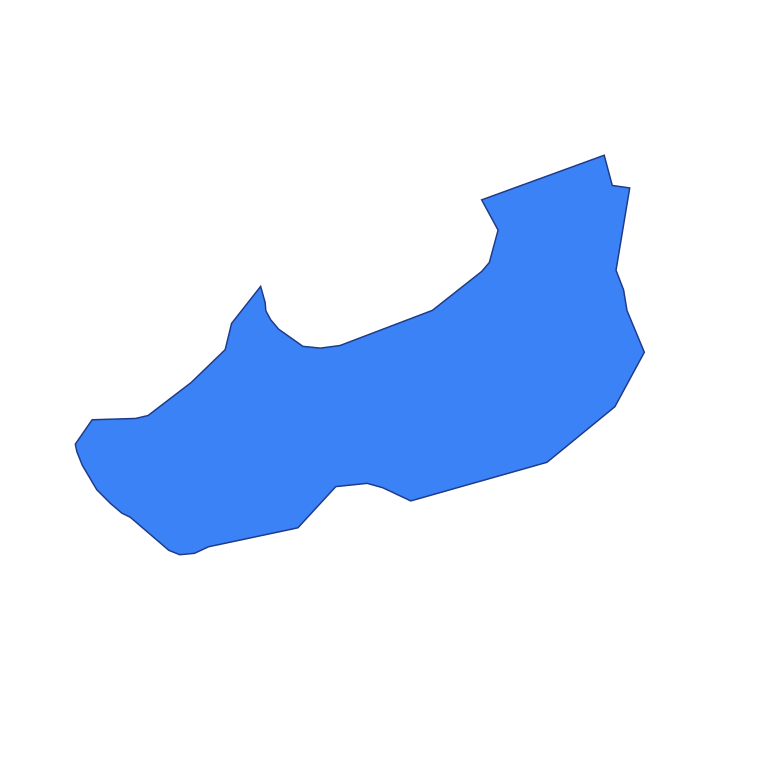 map outline of Dobrova-Polhov Gradec (Natural Earth projection), rotated 154°
{"feature_id": "SVN-204", "entity_name": "Dobrova-Polhov Gradec", "entity_type": "Municipality", "adm_level": 1, "iso_a3": "SVN", "parent_name": "Slovenia", "parent_adm1": "", "projection": "natural_earth1", "projection_center": [14.336, 46.06], "detail": "fine", "context": "isolated", "style": "filled", "palette": "blue", "viewbox_px": 768, "rotation_deg": 154, "n_neighbors": 0, "source": "natural_earth", "source_scale": "10m", "svg_char_len": 708}
<svg xmlns="http://www.w3.org/2000/svg" viewBox="0 0 768 768"><g transform="rotate(154 384 384)"><path d="M662.0,479.8L622.3,461.9L609.9,459.1L556.6,469.9L511.7,484.5L494.4,505.3L452.1,525.8L455.1,509.3L458.1,501.6L457.7,491.5L454.7,479.5L440.4,453.4L425.4,444.1L406.7,437.9L308.2,429.0L247.0,442.3L236.1,447.0L214.0,472.3L215.5,506.7L85.8,493.1L91.8,462.4L77.2,452.5L125.6,384.5L127.4,363.6L133.4,343.5L136.1,298.4L186.4,262.4L271.8,242.2L411.2,267.2L430.6,291.3L442.7,302.1L472.3,312.9L524.4,292.5L612.9,314.6L628.6,314.9L642.4,320.1L650.3,328.8L670.5,375.5L676.2,382.8L682.2,396.5L688.5,414.8L690.8,443.2L689.7,457.9L687.8,465.3L662.0,479.8Z" fill="#3b82f6" stroke="#1e3a8a" stroke-width="1.5"/></g></svg>